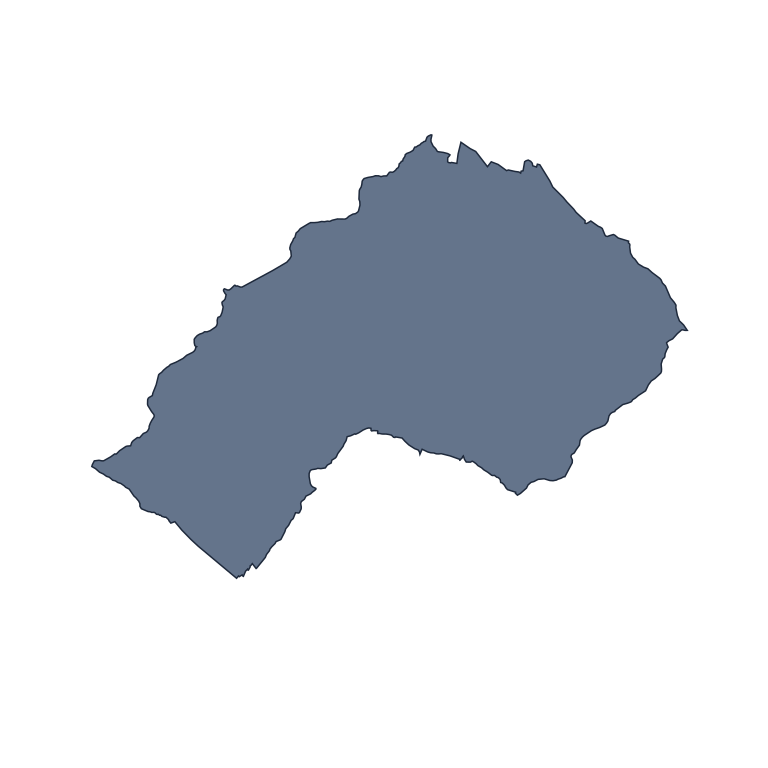 Alunu, Vâlcea, Romania (Natural Earth projection), rotated 235°
{"feature_id": "2599482B60597853099448", "entity_name": "Alunu", "entity_type": "district", "adm_level": 2, "iso_a3": "ROU", "parent_name": "Romania", "parent_adm1": "Vâlcea", "projection": "natural_earth1", "projection_center": [23.807, 45.015], "detail": "fine", "context": "isolated", "style": "filled", "palette": "slate", "viewbox_px": 768, "rotation_deg": 235, "n_neighbors": 0, "source": "geoboundaries", "source_scale": "gbopen_adm2", "svg_char_len": 6168}
<svg xmlns="http://www.w3.org/2000/svg" viewBox="0 0 768 768"><g transform="rotate(235 384 384)"><path d="M485.4,628.4L485.4,626.7L478.9,620.2L479.7,618.4L478.4,616.9L480.3,616.1L483.0,613.2L488.0,608.6L488.5,606.8L498.4,603.4L504.5,599.3L502.7,593.4L521.9,592.5L527.4,589.6L537.9,585.7L530.0,576.7L522.9,570.2L526.6,566.5L526.9,566.1L526.9,565.4L528.4,563.9L529.5,563.6L532.8,566.0L533.5,568.9L533.9,569.5L536.2,568.4L539.6,565.5L543.2,561.6L544.0,561.1L547.3,561.3L550.7,560.7L555.5,561.5L557.5,562.8L560.1,565.7L560.6,566.0L561.2,565.3L561.7,562.5L561.5,560.8L559.1,557.3L559.7,555.8L559.6,554.9L559.8,552.6L559.3,550.5L559.7,548.7L559.7,546.4L560.4,545.0L558.7,541.8L558.9,538.5L559.8,535.0L559.7,533.0L558.4,531.6L557.3,528.7L556.0,527.2L556.4,525.9L555.8,524.6L555.6,522.7L553.9,521.1L553.1,519.8L553.1,517.9L552.5,516.2L552.3,513.9L552.6,512.3L553.9,510.9L554.3,509.8L552.9,505.6L554.6,503.1L555.6,500.5L557.6,499.0L559.6,496.3L560.2,494.0L562.4,489.4L563.7,485.6L563.4,484.2L562.7,482.5L560.3,480.4L558.4,478.2L557.4,475.8L556.6,474.7L549.8,469.5L547.3,468.8L544.3,466.9L540.5,462.5L539.9,461.2L539.9,458.3L541.0,456.0L541.5,451.5L541.1,448.3L541.5,446.6L545.9,440.5L547.9,435.4L548.3,432.9L549.9,431.0L551.1,428.3L552.9,426.1L554.4,422.5L556.1,419.6L558.3,416.5L558.6,414.4L559.3,404.5L558.4,401.5L558.1,398.6L555.2,395.1L554.9,393.2L553.6,391.4L551.8,387.6L549.5,384.9L548.1,384.1L546.5,384.0L541.9,381.4L540.6,378.7L539.5,374.2L540.8,357.9L544.8,323.4L545.6,322.1L548.5,320.1L549.1,318.9L550.2,318.7L550.6,318.2L549.8,313.2L549.8,311.2L550.7,309.8L553.5,307.9L553.5,307.2L553.1,306.5L552.3,306.0L549.3,305.7L547.7,305.9L544.8,302.7L544.2,300.8L544.1,298.7L543.6,297.9L541.5,296.9L539.4,296.5L535.6,292.5L533.6,289.4L533.3,288.2L533.8,286.5L533.5,285.7L531.9,283.9L529.2,282.2L527.9,280.5L527.3,278.8L527.4,272.1L528.2,269.1L529.7,266.9L529.7,264.6L530.6,261.6L530.8,258.8L530.2,256.0L529.5,254.2L526.6,252.2L524.3,251.2L523.3,251.2L522.0,251.9L522.0,250.9L520.5,249.2L519.8,247.3L519.7,245.3L520.7,238.8L520.2,234.1L521.2,225.9L522.5,220.2L522.0,217.7L522.2,215.7L521.8,211.4L521.1,208.5L521.1,206.0L520.8,204.7L514.0,196.9L509.0,189.3L507.4,187.6L507.7,183.9L507.5,182.6L506.7,181.4L503.1,178.7L501.7,178.2L494.6,177.8L491.1,178.0L489.6,177.5L488.8,176.4L487.4,172.9L485.9,170.0L484.1,167.4L482.5,166.2L481.2,163.7L480.8,161.8L481.5,158.4L480.2,153.1L481.6,151.2L481.4,146.0L480.8,143.8L478.7,141.0L480.5,137.9L480.9,136.6L481.0,129.1L480.2,124.9L480.3,124.2L481.1,123.5L481.2,122.7L481.1,118.5L481.9,110.3L482.8,108.9L485.0,106.8L487.2,102.6L485.2,98.8L484.0,97.3L480.2,99.1L474.9,100.4L471.2,102.5L467.6,103.7L465.2,105.5L460.8,106.6L458.7,108.4L456.1,109.4L453.4,111.4L449.3,112.9L447.7,113.1L444.0,115.0L435.6,114.9L433.2,115.5L428.7,115.9L426.0,115.4L423.8,113.9L421.0,113.7L414.8,117.6L413.4,119.2L412.0,120.1L410.7,122.1L409.7,122.6L407.9,122.9L407.2,123.4L406.9,124.3L405.2,124.9L404.6,125.8L403.0,126.1L400.6,128.0L399.9,129.0L396.6,129.7L395.0,129.4L392.3,129.6L391.2,133.7L380.2,134.6L367.4,136.7L357.6,138.8L309.4,151.8L310.2,154.7L309.2,154.9L309.0,158.3L307.7,158.2L307.1,158.5L310.1,163.3L310.6,166.1L309.5,165.9L309.3,166.2L310.9,169.4L311.8,170.1L311.7,170.9L312.4,173.1L306.2,173.4L306.2,174.0L310.0,187.3L311.7,189.9L313.2,194.7L314.1,195.7L315.0,198.6L315.8,203.2L316.8,205.2L315.8,209.8L315.9,210.6L319.9,218.1L321.8,220.5L322.9,224.7L325.6,229.8L325.7,231.8L326.1,232.8L329.3,237.7L327.3,240.0L327.2,241.0L329.2,244.5L330.7,245.7L333.9,247.2L335.1,248.8L335.3,252.7L336.9,255.8L336.1,260.9L336.5,263.1L336.6,266.4L337.0,268.0L337.6,268.3L340.5,266.6L342.3,266.2L344.6,266.5L351.0,269.5L353.6,271.3L355.2,273.6L355.4,274.8L355.2,275.8L353.4,279.5L352.9,281.3L350.9,283.7L348.9,287.8L350.1,291.1L349.6,295.5L351.5,297.5L351.3,301.8L351.7,303.2L353.5,306.2L356.4,314.8L357.7,316.7L359.3,320.4L362.0,323.6L360.7,327.0L359.9,331.5L359.1,332.0L358.5,335.3L358.3,340.4L357.6,344.1L356.7,346.4L355.2,347.9L353.4,346.8L352.7,346.9L351.6,349.0L349.4,351.8L348.9,351.9L347.5,350.6L346.8,350.6L346.3,351.7L344.1,353.8L341.7,357.1L339.6,359.3L337.7,360.8L334.9,361.3L333.9,362.3L334.0,363.1L329.4,367.8L325.1,368.3L319.8,369.4L313.3,372.1L310.5,374.1L308.1,374.1L305.8,373.1L308.7,377.8L303.3,380.8L300.9,382.8L298.9,385.3L296.9,386.7L295.4,388.6L294.1,390.9L287.2,396.9L279.0,402.7L278.1,402.4L278.0,402.8L278.4,403.5L278.5,405.3L279.4,406.8L279.6,407.7L276.0,406.7L272.9,406.6L270.4,410.0L270.2,411.9L269.2,412.6L266.0,413.7L263.3,414.1L259.4,415.9L256.5,416.5L252.2,418.4L247.6,419.8L246.8,420.4L245.7,422.1L243.0,422.9L241.7,424.0L239.1,424.4L236.4,423.1L235.0,424.1L232.1,424.6L228.8,424.3L226.6,424.6L219.8,429.8L219.2,429.0L216.4,429.5L216.1,433.0L217.0,441.0L218.7,444.1L219.1,448.1L218.1,450.8L217.5,455.5L214.5,460.8L209.8,464.5L207.8,467.0L206.4,470.1L206.2,471.9L205.3,474.9L204.9,478.0L204.3,479.0L211.5,493.0L213.7,494.7L217.1,495.4L218.2,496.5L218.6,497.5L218.4,500.3L220.0,503.9L221.8,509.0L225.0,512.0L225.8,513.2L226.7,516.0L227.0,518.5L226.8,527.2L226.1,530.8L224.7,535.7L223.7,541.4L224.3,543.8L225.3,546.2L228.8,550.0L229.8,552.6L229.8,554.8L229.1,557.3L229.7,558.3L229.8,559.3L230.2,567.8L228.5,572.7L227.7,576.0L227.8,577.0L228.5,578.7L228.3,581.9L228.7,585.8L228.4,594.4L231.6,600.0L233.2,604.7L233.1,609.1L234.2,617.0L235.1,618.4L237.0,619.9L241.4,622.5L244.5,626.5L244.8,628.9L245.3,629.7L247.6,631.7L249.9,635.3L251.2,637.9L255.0,638.8L255.8,639.2L256.0,642.3L255.4,646.3L257.0,653.2L257.6,658.8L257.0,659.8L255.2,661.4L254.0,663.2L260.6,663.3L266.2,662.2L271.8,663.6L279.0,666.8L281.1,668.4L284.4,668.6L290.4,668.1L302.8,670.7L307.0,670.0L310.4,670.7L312.4,670.5L321.6,667.5L327.0,666.3L330.9,663.6L336.4,661.2L342.2,661.1L345.1,660.4L349.8,661.0L355.4,663.9L356.9,665.2L357.8,665.5L359.5,665.2L360.7,666.3L369.2,659.6L373.6,658.4L374.9,657.6L376.3,653.4L376.6,651.8L377.8,650.6L379.2,650.4L386.2,652.0L388.2,651.3L390.2,650.0L398.9,646.9L399.1,643.0L399.5,641.6L400.5,640.9L402.4,642.4L414.4,639.8L418.5,639.7L428.4,638.2L433.7,637.8L448.6,635.2L455.2,636.3L474.2,637.4L476.1,635.7L474.3,633.4L477.4,631.0L479.8,632.1L482.3,631.9L484.7,630.6L485.4,628.4Z" fill="#64748b" stroke="#1e293b" stroke-width="1.5"/></g></svg>